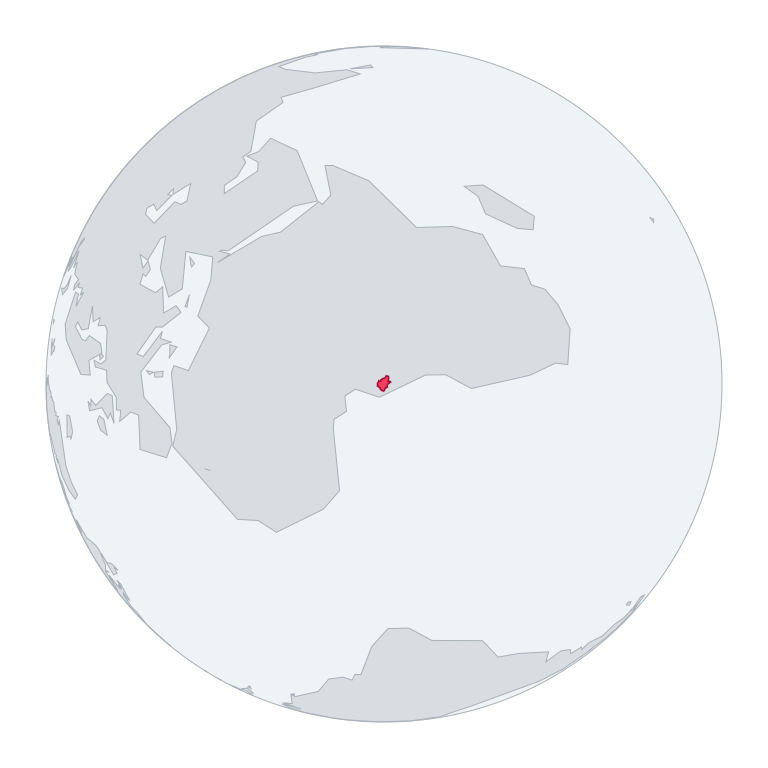 Ngounié highlighted on a globe, orthographic projection, rotated 275°
{"feature_id": "GAB-2622", "entity_name": "Ngounié", "entity_type": "Province", "adm_level": 1, "iso_a3": "GAB", "parent_name": "Gabon", "parent_adm1": "", "projection": "orthographic", "projection_center": [11.097, -1.69], "detail": "fine", "context": "on_globe", "style": "filled", "palette": "rose", "viewbox_px": 768, "rotation_deg": 275, "n_neighbors": 0, "source": "natural_earth", "source_scale": "10m", "svg_char_len": 8554}
<svg xmlns="http://www.w3.org/2000/svg" viewBox="0 0 768 768"><g transform="rotate(275 384 384)"><circle cx="384" cy="384" r="338" fill="#eef3f6" stroke="#a8b0b8"/><path d="M227.7,84.4L228.3,84.1L222.6,87.6L212.2,93.7L209.4,95.9L222.0,89.3L205.0,101.2L198.2,110.9L193.4,114.9L179.5,122.3L173.0,123.0L154.9,136.8L169.8,126.6L157.6,138.3L157.0,140.2L159.5,139.4L165.3,134.8L161.9,139.1L145.9,149.6L148.8,145.8L153.8,142.2L150.6,143.2L139.8,152.2L134.5,158.4L123.7,168.7L119.8,173.7L115.3,179.3L122.2,170.4L109.5,187.2L104.4,194.3L118.4,175.0L133.8,156.8L150.5,139.8L168.3,123.9L187.1,109.3L207.0,96.1L227.7,84.4ZM50.5,329.5L50.1,332.9L53.2,318.4L56.6,310.0L52.9,329.5L57.7,311.3L57.6,320.3L66.5,318.3L64.9,322.9L71.9,345.2L85.3,354.6L88.4,368.9L86.2,378.0L92.2,380.4L92.4,386.3L121.4,394.7L140.7,409.3L143.0,430.0L132.7,454.0L136.9,504.5L121.9,521.4L127.3,541.7L131.5,571.3L121.3,569.5L133.7,583.8L135.7,592.7L131.7,593.6L139.1,603.6L136.6,604.1L144.1,610.5L152.2,623.7L164.2,634.1L173.2,644.4L181.2,650.3L180.1,650.2L182.2,652.6L186.5,655.9L177.7,650.7L161.2,637.3L154.1,630.2L152.4,629.2L135.8,610.9L138.6,614.7L115.8,587.3L101.2,564.0L69.7,496.7L64.2,483.6L57.5,468.9L50.8,440.1L46.9,407.4L46.2,374.4L47.0,361.0L49.7,335.0L49.8,333.9L50.5,329.5ZM70.9,256.8L68.1,266.1L66.2,269.1L67.5,265.9L69.1,261.4L70.9,256.8ZM82.5,231.4L81.8,232.7L82.5,231.4ZM196.5,661.7L180.4,652.7L187.6,656.7L182.2,651.4L194.4,658.3L196.5,661.7ZM185.1,647.8L185.0,644.7L188.0,646.3L188.8,648.9L185.1,647.8ZM713.3,308.0L712.7,305.5L717.4,329.4L718.9,339.2L721.1,360.8L719.7,345.8L718.4,337.7L714.9,316.6L706.5,285.0L706.4,289.5L702.7,277.3L691.2,251.8L688.9,258.0L687.9,288.1L693.8,319.7L690.8,333.2L672.0,286.5L660.7,256.6L655.7,258.9L634.8,233.9L604.1,231.1L598.1,223.7L592.7,226.9L577.7,219.4L568.0,207.7L559.7,208.3L585.3,239.6L594.0,239.3L599.0,227.6L604.7,239.0L618.9,249.7L608.9,277.1L560.6,301.9L553.3,278.4L503.1,217.1L503.1,210.5L502.8,209.7L502.0,208.4L500.1,219.1L490.6,207.8L520.2,249.1L526.3,267.7L560.0,303.3L557.5,307.0L567.5,314.6L596.5,306.2L597.2,314.1L585.1,351.2L542.7,402.8L546.9,438.6L541.4,469.3L511.8,489.7L511.2,513.8L495.5,522.3L492.4,536.0L478.0,550.6L455.1,564.6L419.4,565.4L419.7,552.9L405.6,529.0L387.1,471.4L398.6,444.7L396.5,424.4L370.4,380.6L376.3,355.9L368.7,346.0L353.5,349.0L344.4,337.3L334.9,337.4L273.9,349.0L254.0,334.5L226.9,289.7L237.0,270.6L236.4,249.9L303.7,178.9L320.6,181.5L376.6,171.2L384.0,173.2L380.3,187.9L424.6,205.2L435.5,192.6L472.7,202.5L495.7,202.3L498.8,175.1L461.2,174.7L451.8,161.9L479.7,151.1L512.2,153.6L509.6,148.8L486.7,137.8L491.7,129.9L478.5,133.6L485.7,138.3L477.6,141.3L470.5,137.3L472.6,134.3L462.1,132.2L455.0,148.4L461.5,155.0L435.5,158.3L443.9,170.0L437.7,175.6L421.3,158.2L421.0,151.9L392.4,135.2L390.3,141.8L417.2,158.6L409.9,157.3L407.2,168.3L403.5,159.1L374.7,140.7L349.7,146.1L321.9,174.5L306.4,178.0L291.6,173.8L297.5,146.7L331.5,142.3L334.0,134.2L323.7,124.0L334.9,124.0L334.8,119.8L347.3,118.5L361.4,108.0L373.6,106.5L375.8,95.0L382.4,93.1L379.2,100.1L383.5,104.8L413.3,103.5L418.1,101.1L417.1,94.1L425.4,95.4L420.7,88.9L436.2,86.7L413.3,84.6L411.6,78.1L419.1,73.5L414.5,71.5L402.2,79.2L401.0,82.9L406.6,86.3L399.7,98.1L390.2,100.4L381.8,88.0L367.3,90.6L367.1,81.2L400.4,63.6L416.0,61.2L448.7,68.7L447.0,71.8L434.4,70.3L449.1,76.8L446.4,73.8L453.4,75.3L453.5,70.9L458.4,71.9L450.1,66.5L456.1,67.3L461.2,70.6L466.5,66.3L478.2,67.8L477.0,66.5L472.5,64.7L490.2,68.6L488.6,67.6L482.1,65.7L474.6,62.7L468.4,59.4L474.9,60.9L478.0,62.3L494.4,68.2L501.8,72.7L503.8,73.1L498.9,69.7L478.9,62.3L473.3,60.0L483.1,63.0L479.1,61.7L478.4,61.1L483.7,62.2L473.1,58.9L462.3,55.3L486.4,62.0L509.9,70.4L532.8,80.6L554.8,92.4L575.9,105.9L595.9,120.8L614.8,137.2L632.4,154.9L648.7,173.9L663.5,194.1L676.8,215.3L688.5,237.4L698.5,260.3L706.7,283.9L713.3,308.0ZM283.9,212.8L282.8,218.9L283.9,212.8ZM549.2,171.8L567.0,174.0L554.4,157.3L560.1,157.2L553.7,152.0L553.4,156.2L537.0,142.6L543.0,138.9L538.5,132.5L532.3,131.6L524.0,141.0L547.3,159.8L545.2,166.1L549.2,171.8ZM66.9,318.0L67.6,321.7L65.8,322.0L66.9,318.0ZM63.5,277.0L62.8,279.8L62.2,281.0L63.5,277.0ZM70.4,274.8L71.7,276.2L69.2,278.0L70.4,274.8ZM67.9,268.0L69.2,274.5L64.7,280.6L64.2,277.0L66.0,274.8L67.9,268.0ZM76.5,243.8L76.2,244.6L74.7,248.0L75.8,245.4L76.5,243.8ZM82.0,232.5L81.8,232.9L83.1,230.3L82.0,232.5ZM158.6,137.7L159.8,137.0L161.2,137.2L158.3,139.2L158.6,137.7ZM181.3,128.2L175.2,135.4L177.5,131.2L172.2,134.7L170.4,131.2L191.0,116.8L182.0,123.5L181.3,128.2ZM173.7,123.8L172.5,126.8L173.0,124.1L173.7,123.8ZM322.2,101.5L327.5,103.3L324.3,108.0L308.9,112.7L313.3,105.7L322.2,101.5ZM335.8,105.1L331.7,93.0L341.1,90.6L336.6,93.8L343.2,93.4L337.6,98.7L350.5,109.2L348.6,114.3L321.2,118.5L331.2,113.9L325.4,112.0L335.8,105.1ZM304.7,75.8L303.1,73.0L325.7,70.8L324.6,73.8L309.2,77.9L301.3,76.9L304.7,75.8ZM278.0,63.1L266.5,67.5L263.3,68.6L257.1,72.2L246.0,76.8L250.4,74.0L237.3,80.9L236.8,80.3L228.9,84.9L239.8,78.4L239.7,78.4L242.7,77.0L244.1,76.4L254.3,72.0L258.4,70.3L261.0,69.3L278.0,63.1ZM318.0,52.6L323.4,51.6L327.0,50.9L339.6,49.0L343.6,49.0L347.3,48.3L357.0,47.5L361.4,47.9L352.7,48.4L363.8,48.7L354.2,49.7L356.1,49.7L350.2,51.0L346.4,53.0L341.7,53.4L342.3,54.1L338.4,55.3L337.6,56.5L328.8,58.1L327.1,59.9L323.9,59.7L323.3,62.5L319.8,61.3L314.5,63.5L320.7,63.5L275.1,74.1L258.7,81.2L246.9,88.3L242.4,86.5L250.6,79.4L265.2,71.0L281.6,65.1L276.6,66.0L283.0,63.6L284.3,63.9L286.1,62.2L291.7,60.5L304.7,56.1L303.9,55.7L308.7,54.6L311.8,53.9L313.5,53.5L318.0,52.6ZM343.2,48.6L342.6,48.6L336.8,49.4L343.2,48.6ZM390.8,167.6L396.3,168.0L404.5,167.2L402.9,174.5L390.8,167.6ZM370.9,155.1L375.6,154.0L377.5,162.9L371.8,162.9L370.9,155.1ZM376.6,146.3L375.7,153.2L372.9,149.5L376.6,146.3ZM383.4,99.1L388.2,98.1L389.3,99.6L387.4,102.2L383.4,99.1ZM392.1,52.9L387.4,52.2L388.5,51.8L383.3,49.9L390.0,49.6L395.7,50.6L392.1,52.9ZM493.4,179.6L487.7,184.7L483.8,182.2L486.5,180.9L493.4,179.6ZM443.9,179.0L456.0,182.4L443.3,181.0L443.9,179.0ZM398.5,52.2L395.6,51.3L400.8,51.8L398.5,52.2ZM394.6,49.4L400.4,49.6L390.2,49.4L394.6,49.4ZM573.1,634.0L571.7,638.3L568.4,638.5L573.1,634.0ZM590.9,465.3L564.1,519.1L550.6,519.1L550.7,503.0L562.4,470.3L579.0,461.4L587.9,446.8L590.9,465.3ZM721.6,398.7L718.7,350.7L719.8,352.5L721.6,369.9L721.6,398.7ZM695.0,322.9L700.6,342.6L698.3,345.4L695.0,322.9ZM451.5,54.6L451.2,57.0L455.5,59.9L464.8,62.9L451.6,60.4L445.0,55.8L451.5,54.6ZM419.4,49.4L418.9,50.0L414.7,49.4L419.4,49.4Z" fill="#d9dde1" stroke="#a8b0b8" stroke-width="1"/><path d="M392.0,385.2L391.9,385.2L391.9,385.9L391.9,386.1L392.0,386.3L392.3,386.4L392.2,386.5L392.1,386.8L392.1,387.1L392.1,387.3L392.0,387.5L392.0,387.8L389.7,388.3L389.3,388.1L389.1,387.9L388.8,387.9L388.5,387.9L388.3,388.0L388.2,388.0L387.9,388.3L387.7,388.2L387.4,388.0L387.4,387.9L387.0,387.8L386.8,387.8L386.7,387.9L386.8,388.2L386.9,388.4L386.8,388.7L386.8,388.8L387.0,389.2L387.1,389.3L387.1,389.6L387.0,389.8L386.6,390.5L386.2,390.0L385.7,389.6L385.2,389.2L384.9,388.8L384.8,388.7L384.7,388.6L384.6,388.2L384.1,387.8L384.0,387.7L383.9,387.5L383.9,387.4L383.7,387.3L381.1,387.7L380.9,387.3L380.8,387.2L380.7,387.1L380.6,386.9L380.4,386.4L380.2,386.2L380.2,385.9L380.2,385.7L380.3,385.7L380.2,385.6L379.9,385.4L379.7,385.3L379.4,385.4L378.9,385.3L378.7,385.3L378.7,385.2L378.3,385.0L378.1,384.9L377.8,384.8L377.7,384.8L377.4,384.8L377.3,384.7L377.1,384.5L377.1,384.4L377.0,384.2L376.9,384.0L376.8,383.9L376.9,383.7L377.0,383.6L377.3,383.5L377.3,383.4L377.4,383.1L377.4,382.9L377.3,382.6L377.3,382.4L377.4,382.2L377.8,381.8L377.9,381.7L377.9,381.4L378.4,380.9L378.6,380.8L378.8,380.7L379.0,380.7L379.2,380.8L379.5,380.8L379.7,380.7L379.8,380.7L379.9,380.4L380.0,380.2L380.0,379.9L380.3,379.8L380.3,379.7L380.6,379.3L380.6,379.2L380.6,378.8L380.7,378.7L381.0,378.5L381.2,378.4L381.3,378.1L381.5,378.0L381.5,377.9L381.4,377.8L381.4,377.7L381.6,377.8L381.6,377.7L381.8,377.7L382.0,377.7L382.0,377.8L382.3,377.8L382.3,377.7L382.5,377.7L382.6,377.8L382.7,377.7L382.8,377.6L383.0,377.5L384.1,377.5L384.3,377.4L385.3,378.1L385.7,378.3L386.0,378.4L386.2,378.5L386.7,378.5L386.5,378.8L386.4,378.9L386.4,379.0L386.4,379.3L386.4,379.5L386.5,379.8L386.6,380.0L386.7,380.3L386.6,380.5L386.8,380.7L387.0,380.7L387.3,380.6L387.7,380.3L387.8,380.3L387.9,380.5L387.9,380.8L388.0,380.9L388.2,381.2L388.3,381.3L388.6,381.5L388.8,381.7L389.1,381.8L389.2,382.0L389.4,382.2L389.5,382.3L389.5,382.5L389.6,382.8L389.6,383.0L389.5,383.3L389.4,383.3L389.4,383.5L389.5,383.7L389.6,383.8L390.1,384.3L390.6,384.7L390.6,384.8L391.3,385.0L391.8,385.0L392.0,385.0L392.0,385.2Z" fill="#f43f5e" stroke="#9f1239" stroke-width="1.5"/></g></svg>